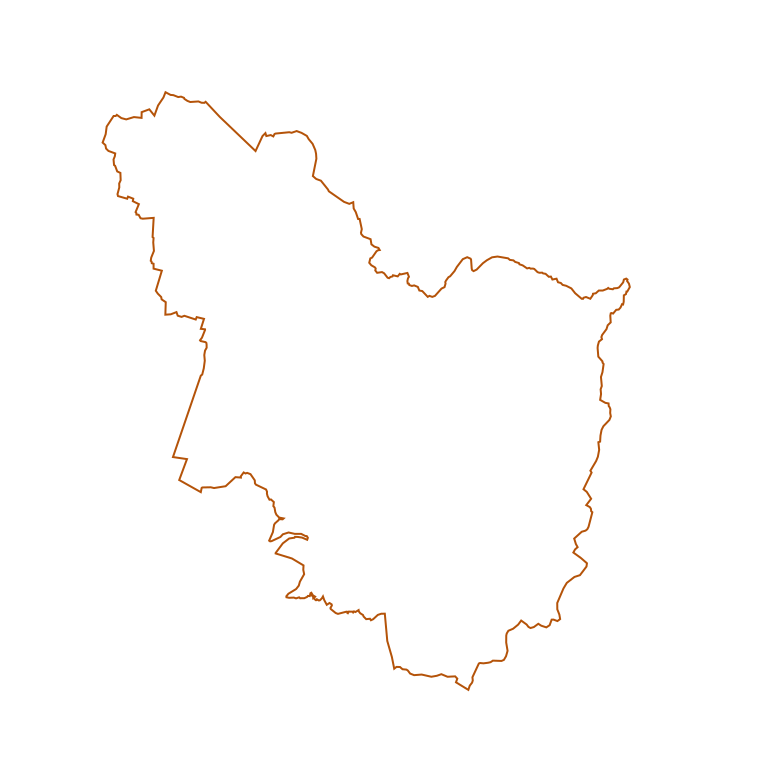 outline of Nikhom Phatthana, Rayong, Thailand, rotated 174°
{"feature_id": "78962969B93638644331760", "entity_name": "Nikhom Phatthana", "entity_type": "district", "adm_level": 2, "iso_a3": "THA", "parent_name": "Thailand", "parent_adm1": "Rayong", "projection": "natural_earth1", "projection_center": [101.132, 12.84], "detail": "fine", "context": "isolated", "style": "outline", "palette": "amber", "viewbox_px": 768, "rotation_deg": 174, "n_neighbors": 0, "source": "geoboundaries", "source_scale": "gbopen_adm2", "svg_char_len": 6127}
<svg xmlns="http://www.w3.org/2000/svg" viewBox="0 0 768 768"><g transform="rotate(174 384 384)"><path d="M247.4,496.0L257.8,498.9L263.3,498.7L268.8,496.3L273.0,493.8L279.9,488.1L283.1,486.9L284.4,488.0L284.7,489.5L284.4,498.6L284.8,499.6L288.0,501.4L292.6,499.9L299.3,492.8L302.1,488.9L307.0,484.2L308.7,483.5L311.5,480.4L312.4,479.0L312.3,477.4L313.7,474.0L316.8,472.9L324.1,466.3L326.9,465.6L329.6,466.9L331.4,466.1L336.2,472.4L339.1,473.3L340.2,477.0L343.7,478.9L346.0,478.6L348.5,479.8L348.8,481.2L349.9,481.5L350.0,483.9L349.1,486.6L348.0,488.0L349.1,492.0L355.9,491.2L356.8,491.9L359.1,489.6L363.7,491.2L364.3,490.1L366.4,489.8L367.9,488.7L369.3,489.3L372.3,494.1L374.3,495.5L379.2,495.3L380.8,497.8L380.2,499.8L380.9,501.0L384.2,503.4L386.0,506.1L384.5,510.3L382.6,511.0L377.6,516.8L376.1,517.6L374.3,517.7L375.3,519.9L379.2,521.6L381.9,524.2L382.2,529.4L389.0,532.8L390.9,535.4L391.1,536.8L389.9,540.3L391.0,550.7L392.5,550.8L394.1,557.9L395.8,561.7L395.6,568.0L399.7,566.8L404.7,569.3L418.7,581.4L419.4,583.3L425.5,592.8L430.0,595.0L433.0,598.2L427.7,615.1L427.5,620.1L427.9,623.9L429.9,630.3L433.3,635.4L434.8,638.8L439.8,642.4L444.5,644.7L449.6,643.5L451.9,644.3L465.7,644.4L466.7,644.1L468.2,641.8L470.6,643.4L475.1,642.9L475.7,645.9L478.9,643.3L487.4,629.1L519.4,666.8L531.9,683.3L533.3,682.4L536.1,682.8L539.0,684.4L547.2,684.7L549.9,686.1L552.7,688.4L553.0,689.5L555.8,691.0L558.7,690.9L563.3,693.3L566.0,693.8L570.8,697.0L573.4,692.0L579.6,684.6L584.3,674.9L588.7,681.7L596.6,679.7L597.3,674.0L604.8,675.6L612.7,674.1L617.4,675.9L621.6,679.6L622.8,678.6L624.9,678.8L632.9,669.0L634.7,661.5L638.6,653.5L636.1,650.7L635.8,647.2L633.7,644.6L627.2,641.4L627.9,638.6L629.5,635.6L629.6,630.0L628.6,629.1L627.1,623.3L624.1,621.5L624.6,614.2L626.4,611.1L626.7,607.2L629.2,600.7L628.9,598.7L620.0,595.1L619.0,597.1L614.0,594.5L614.7,592.1L609.0,588.5L613.1,580.9L612.4,579.8L612.5,578.4L610.3,577.9L608.8,574.3L606.6,573.6L595.7,573.3L598.8,554.3L597.9,553.3L598.7,548.9L598.9,540.4L602.3,534.0L603.1,530.9L602.4,530.1L602.3,528.4L600.6,527.7L601.1,522.8L593.1,519.9L601.2,500.6L599.5,497.5L596.5,493.8L596.3,491.4L592.5,488.2L594.2,475.8L588.8,475.6L582.9,477.2L582.0,473.5L578.3,471.9L575.4,472.7L564.5,467.8L563.3,470.1L556.2,467.6L560.4,458.0L556.3,457.1L556.3,456.5L560.2,449.1L562.4,446.7L561.9,445.9L557.1,444.3L556.4,443.5L556.3,441.9L556.6,438.6L558.5,435.9L559.7,431.6L559.8,425.9L561.6,418.4L563.8,412.4L565.3,411.5L601.5,333.4L587.8,329.9L597.7,309.9L577.5,295.6L576.2,299.7L575.5,300.1L567.1,299.4L563.9,298.3L552.2,298.9L541.5,306.9L536.1,305.9L536.1,307.1L532.8,310.7L531.1,309.5L529.4,309.9L526.2,308.3L522.6,301.7L522.7,298.7L521.9,297.3L512.3,291.4L511.6,289.1L511.9,287.2L511.5,284.5L510.0,280.9L508.5,281.0L505.9,278.1L506.8,274.1L505.8,272.5L505.5,267.9L504.7,265.3L502.2,262.1L497.9,260.8L499.0,260.0L502.5,260.6L503.0,259.7L507.0,256.8L508.0,255.5L510.0,248.3L514.6,240.2L513.7,239.4L512.2,239.5L503.0,242.7L500.3,245.1L494.4,246.3L488.5,244.3L482.0,243.6L478.2,241.1L476.7,240.8L475.8,239.0L476.7,237.1L481.5,239.8L485.7,240.9L488.5,241.3L489.1,240.5L494.4,240.3L501.3,236.1L509.4,227.3L509.5,226.8L493.8,220.1L483.0,212.0L483.7,207.6L483.3,203.2L488.3,196.2L489.8,192.4L492.8,189.3L501.0,185.4L503.3,183.1L503.3,182.1L500.8,181.3L496.0,181.0L493.9,180.0L490.7,180.7L489.8,179.7L485.7,179.3L482.7,180.3L481.8,181.2L480.0,180.8L479.0,183.6L478.1,184.0L477.2,182.1L477.9,181.4L476.6,179.3L476.7,178.6L475.8,179.1L476.2,180.8L474.7,179.7L476.3,178.2L474.4,176.1L473.7,176.1L473.2,176.9L471.4,175.5L470.4,175.6L468.2,177.3L466.9,179.1L466.0,175.3L464.0,170.4L461.1,171.9L459.1,170.3L459.0,169.2L460.7,166.8L460.5,165.8L456.0,161.3L453.8,160.2L445.2,161.5L443.9,161.2L444.3,160.1L443.9,159.8L442.8,161.3L439.2,160.9L438.6,160.0L437.6,161.0L436.3,160.2L432.9,161.8L432.8,160.4L431.6,158.5L429.0,156.4L428.6,154.9L426.3,152.0L422.5,152.0L421.7,150.4L419.4,151.2L414.3,155.0L410.8,155.8L407.2,155.5L407.6,128.1L404.7,111.7L403.6,99.8L401.2,101.3L397.7,100.9L395.4,98.4L391.5,97.6L390.2,96.5L388.3,93.3L384.5,91.3L376.9,91.1L367.5,87.9L361.9,88.3L357.3,89.4L351.4,86.2L343.8,85.8L341.9,83.3L343.6,79.8L332.1,71.0L330.2,75.1L327.6,77.8L326.7,79.9L326.7,83.1L318.9,96.1L317.7,96.5L314.3,95.8L309.6,95.9L307.1,96.2L304.6,97.5L296.1,96.3L293.6,97.1L291.1,100.5L289.0,105.7L289.5,114.1L288.7,121.1L288.0,123.1L286.1,125.6L281.2,127.1L275.7,130.7L272.3,134.4L267.3,129.9L265.7,127.3L263.8,126.0L260.4,126.6L255.6,129.4L252.9,127.2L248.0,125.0L244.5,126.8L241.9,132.1L240.1,132.0L236.3,130.1L233.4,131.8L233.7,136.3L235.2,141.8L234.6,148.1L226.9,161.9L223.0,167.1L214.8,172.2L209.1,173.4L201.7,181.3L200.9,184.5L206.2,190.2L213.3,196.6L211.3,199.5L208.5,201.5L209.9,204.8L211.0,210.4L202.8,216.4L198.9,217.1L197.0,218.3L195.5,220.6L190.2,234.7L191.2,235.7L191.3,238.4L192.2,240.1L195.5,242.4L190.0,248.2L193.6,255.5L196.6,258.5L186.8,274.2L187.8,276.2L181.1,285.2L178.9,289.3L176.9,296.0L176.9,303.7L175.1,304.1L174.1,310.1L172.4,315.7L170.2,319.1L163.6,324.7L161.8,328.1L162.1,331.5L161.5,335.2L162.0,337.2L162.8,338.6L162.7,341.2L165.8,342.1L170.7,345.6L169.2,351.3L169.1,356.1L167.6,359.2L167.5,368.3L165.5,372.9L163.5,380.9L164.4,382.4L164.4,383.7L168.0,388.8L167.8,397.5L167.3,399.9L165.8,403.7L162.5,405.8L162.9,407.9L161.9,410.0L157.0,415.3L155.4,419.0L152.1,421.6L151.8,428.3L151.1,430.6L150.2,430.8L148.8,430.1L145.3,433.5L142.8,433.5L140.8,435.3L138.9,438.5L137.9,438.1L137.0,440.8L136.2,447.1L134.0,448.1L133.2,450.6L132.4,450.5L129.4,454.7L129.9,458.2L131.5,461.1L130.9,462.4L132.1,463.5L134.5,462.8L135.5,460.1L140.0,455.6L141.9,455.0L145.4,455.1L146.5,454.3L150.1,455.2L151.0,456.1L152.1,455.3L156.6,454.1L160.6,454.5L163.9,452.1L166.7,451.9L167.1,450.5L169.9,447.2L174.0,449.4L176.6,448.9L177.2,447.9L178.5,448.1L184.4,454.3L187.7,459.5L192.5,462.6L196.0,463.9L197.6,466.0L200.3,467.0L201.4,470.7L205.6,470.3L206.8,473.4L208.9,473.4L211.8,476.7L214.3,477.4L215.0,478.2L217.9,478.4L219.6,479.2L222.5,482.7L223.7,483.2L226.1,483.4L227.4,484.3L229.6,484.0L233.7,487.5L236.8,488.9L237.2,490.2L240.8,491.7L242.3,493.4L245.9,494.3L247.4,496.0Z" fill="none" stroke="#b45309" stroke-width="2"/></g></svg>